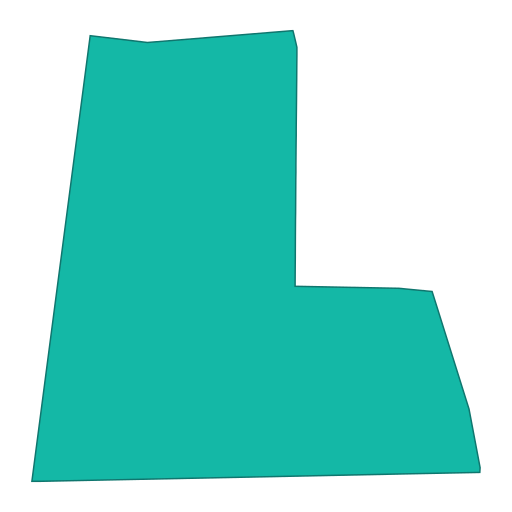 Al Koma, North Darfur, Sudan
{"feature_id": "16777658B3899711101955", "entity_name": "Al Koma", "entity_type": "district", "adm_level": 2, "iso_a3": "SDN", "parent_name": "Sudan", "parent_adm1": "North Darfur", "projection": "robinson", "projection_center": [27.366, 14.121], "detail": "fine", "context": "isolated", "style": "filled", "palette": "teal", "viewbox_px": 512, "rotation_deg": 0, "n_neighbors": 0, "source": "geoboundaries", "source_scale": "gbopen_adm2", "svg_char_len": 974}
<svg xmlns="http://www.w3.org/2000/svg" viewBox="0 0 512 512"><path d="M432.1,291.5L431.3,291.4L430.1,291.3L425.6,290.9L423.5,290.6L422.7,290.6L421.7,290.5L419.5,290.3L403.9,288.8L403.1,288.7L402.2,288.6L401.2,288.5L400.7,288.5L400.3,288.4L399.8,288.4L399.1,288.3L393.0,288.2L357.8,287.5L353.5,287.4L351.6,287.4L295.1,286.3L295.1,283.7L295.2,268.0L295.3,257.4L295.3,254.1L295.4,234.2L295.5,219.4L295.6,212.9L295.7,195.3L295.7,194.5L295.8,178.5L295.9,172.4L295.9,168.7L295.9,168.4L295.9,164.5L296.0,153.3L296.0,152.4L296.1,141.3L296.2,135.6L296.2,128.7L296.5,100.8L296.5,100.4L296.6,87.8L296.7,79.0L296.7,78.1L296.8,64.4L296.9,54.9L296.9,52.4L296.9,52.0L296.9,50.6L296.9,48.8L296.9,47.4L296.8,46.9L295.7,42.1L293.7,33.7L292.9,30.7L292.0,30.7L147.4,42.5L90.2,35.7L80.4,110.6L74.2,157.8L31.9,481.3L40.3,481.3L403.9,473.9L479.8,472.4L480.1,467.7L473.7,433.8L469.0,409.0L467.8,405.2L441.9,322.7L438.7,312.5L432.1,291.5Z" fill="#14b8a6" stroke="#0f766e" stroke-width="1.5"/></svg>